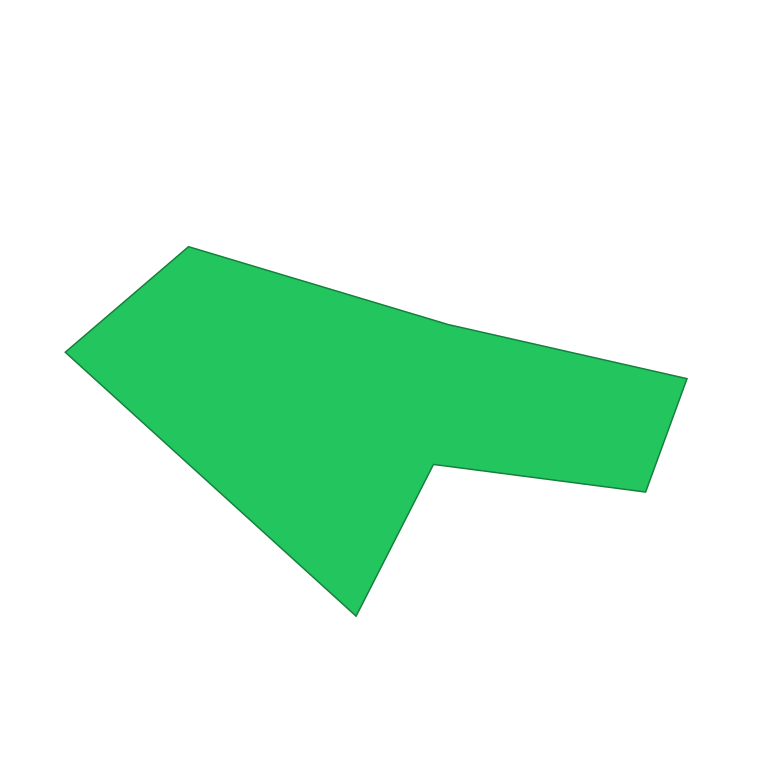 Buena Vista, Virginia, United States of America (Robinson projection), rotated 247°
{"feature_id": "52423323B86095735996061", "entity_name": "Buena Vista", "entity_type": "district", "adm_level": 2, "iso_a3": "USA", "parent_name": "United States of America", "parent_adm1": "Virginia", "projection": "robinson", "projection_center": [-79.361, 37.729], "detail": "fine", "context": "isolated", "style": "filled", "palette": "green", "viewbox_px": 768, "rotation_deg": 247, "n_neighbors": 0, "source": "geoboundaries", "source_scale": "gbopen_adm2", "svg_char_len": 267}
<svg xmlns="http://www.w3.org/2000/svg" viewBox="0 0 768 768"><g transform="rotate(247 384 384)"><path d="M181.2,267.6L290.6,398.1L182.3,582.6L270.5,665.0L413.8,466.1L586.8,257.7L537.8,103.0L181.2,267.6Z" fill="#22c55e" stroke="#15803d" stroke-width="1.5"/></g></svg>